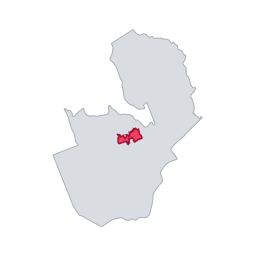 Mpongwe, Copperbelt, Zambia shown in context, rotated 339°
{"feature_id": "96606910B43712843056023", "entity_name": "Mpongwe", "entity_type": "district", "adm_level": 2, "iso_a3": "ZMB", "parent_name": "Zambia", "parent_adm1": "Copperbelt", "projection": "equal_earth", "projection_center": [27.957, -13.579], "detail": "fine", "context": "in_parent", "style": "filled", "palette": "rose", "viewbox_px": 256, "rotation_deg": 339, "n_neighbors": 0, "source": "geoboundaries", "source_scale": "gbopen_adm2", "svg_char_len": 7411}
<svg xmlns="http://www.w3.org/2000/svg" viewBox="0 0 256 256"><g transform="rotate(339 128 128)"><path d="M162.7,174.6L153.7,174.6L150.4,175.6L147.7,177.0L144.5,179.3L142.6,180.8L142.1,181.7L141.9,183.7L141.9,186.6L141.5,188.8L140.5,190.7L135.7,193.1L132.5,195.0L129.4,197.3L127.0,200.3L125.4,204.0L122.7,208.5L117.1,216.6L113.9,218.1L111.1,217.7L107.8,216.0L105.2,215.7L103.3,216.8L101.5,216.5L99.9,214.8L98.5,214.1L97.4,214.6L96.0,214.5L93.4,213.6L91.1,210.7L89.9,209.5L89.0,209.1L86.3,208.6L80.1,207.9L73.7,209.4L68.1,210.8L62.3,204.4L56.7,197.6L55.5,195.9L53.4,193.6L51.9,192.5L51.3,191.9L49.7,185.8L48.9,180.3L48.3,126.3L73.7,126.3L75.3,126.1L75.4,125.5L74.2,122.6L74.3,121.6L74.6,119.7L75.7,115.7L75.7,114.4L75.2,110.2L75.2,107.8L75.5,102.9L75.3,101.3L75.9,99.1L76.1,97.7L76.3,97.1L76.0,95.4L75.5,89.7L75.2,87.3L76.7,87.6L77.2,88.8L77.5,90.1L78.2,90.2L80.0,90.9L80.7,92.0L81.1,94.3L80.8,95.5L80.3,96.5L80.9,97.3L82.1,97.9L82.8,97.7L84.8,96.1L86.7,95.5L87.7,95.1L91.9,94.1L92.7,93.5L93.3,93.5L93.7,94.0L93.3,95.6L93.2,97.1L93.7,99.8L94.1,101.1L95.0,102.0L95.6,102.5L96.3,103.5L97.8,103.3L101.0,104.7L102.0,105.3L103.4,106.0L104.3,106.2L107.6,106.7L111.1,107.5L113.0,107.6L114.2,107.4L115.2,107.0L115.7,106.5L116.0,106.1L117.3,100.9L117.9,100.5L118.8,100.3L119.3,100.7L119.9,104.0L122.4,107.0L123.3,109.5L123.9,111.6L124.5,112.2L125.4,112.9L127.0,113.1L128.3,113.2L135.2,116.8L135.9,117.5L136.7,119.4L137.2,121.6L137.8,123.3L138.7,123.7L139.4,123.8L140.2,125.0L140.8,126.0L142.8,130.3L143.1,131.9L144.1,133.1L145.4,133.6L146.6,133.6L147.3,133.1L149.1,132.2L150.4,131.2L151.4,130.9L152.0,131.1L152.5,131.8L152.7,133.9L153.7,134.6L154.4,134.3L154.7,133.5L154.7,133.1L154.8,110.8L154.1,111.0L153.3,111.6L151.5,111.7L150.8,112.2L150.6,112.9L150.8,113.8L150.8,115.1L150.5,115.7L149.7,115.9L148.6,115.4L146.5,114.8L144.8,114.4L143.5,112.7L141.9,110.2L140.8,108.9L138.1,106.3L137.7,105.8L136.9,104.5L136.2,102.5L135.5,100.0L135.2,98.5L135.8,96.1L137.4,88.4L137.7,86.0L139.0,83.5L139.1,81.4L138.6,78.5L138.7,77.0L138.9,68.1L138.6,65.3L137.7,62.2L135.8,57.9L135.8,56.9L138.7,54.1L139.6,53.1L141.2,50.8L142.2,48.9L142.9,47.3L143.1,45.2L142.6,43.3L143.6,42.9L168.0,37.9L168.4,39.3L169.1,41.5L169.9,43.1L171.0,44.5L171.9,45.4L172.4,45.6L176.2,45.6L177.6,46.4L178.7,47.5L179.0,49.2L179.8,50.3L180.6,51.1L181.0,51.2L181.6,51.0L182.6,51.0L183.5,51.4L184.0,51.7L184.0,53.2L184.3,53.8L185.6,54.0L186.8,54.2L188.1,55.1L189.4,55.3L191.0,55.7L191.7,56.7L193.4,57.8L195.4,58.7L197.6,60.3L197.7,60.8L198.1,61.7L198.4,62.4L198.5,63.4L198.7,64.3L199.2,64.5L199.7,64.6L200.1,63.9L200.7,63.9L201.4,64.3L201.6,65.4L202.1,66.8L202.9,67.8L203.5,68.7L203.3,70.4L202.9,71.9L204.0,73.5L205.5,74.9L205.9,75.6L206.0,77.7L206.2,78.4L207.2,80.2L207.7,81.4L207.6,82.1L204.9,85.6L203.3,86.2L202.6,86.9L202.1,87.7L203.2,91.2L203.7,92.5L203.3,94.2L202.2,97.1L201.7,97.3L201.6,99.5L201.9,100.2L202.4,100.9L202.6,102.3L202.6,105.9L201.9,110.1L203.0,113.6L203.5,114.0L205.1,114.1L205.4,114.4L205.0,115.4L203.8,117.0L201.7,118.2L198.7,119.6L198.0,120.9L197.6,122.7L197.9,123.8L198.3,124.5L198.2,126.1L197.9,127.9L198.0,129.2L197.9,130.4L197.5,131.0L196.9,132.9L196.3,134.7L195.7,135.5L195.0,136.4L193.8,137.1L193.8,137.5L195.1,138.3L195.5,138.9L195.6,139.3L195.0,140.2L195.7,140.8L196.4,141.3L197.1,142.5L197.9,144.8L198.1,145.0L198.3,145.0L198.8,144.8L199.6,143.9L200.2,143.5L200.9,144.9L188.3,150.5L185.3,151.7L180.9,153.7L179.4,154.4L178.3,155.2L166.5,159.6L164.7,160.4L160.5,162.7L160.4,163.1L160.4,164.1L160.8,166.2L161.5,168.1L162.1,169.2L162.5,172.1L162.7,174.6Z" fill="#d9dde1" stroke="#a8b0b8" stroke-width="1"/><path d="M137.6,142.2L137.5,139.3L137.2,138.8L137.0,138.7L136.8,138.6L136.8,138.3L136.6,137.9L136.6,137.6L136.6,137.0L136.7,136.8L136.7,136.4L136.6,136.1L136.7,135.9L136.9,135.9L137.0,135.7L137.1,135.0L137.2,134.9L137.2,134.6L137.2,134.3L137.2,134.2L137.1,133.8L137.2,133.7L137.1,133.4L137.2,133.1L136.9,133.2L136.7,133.0L136.4,133.0L136.4,132.9L136.2,132.9L136.0,132.7L135.9,132.6L135.7,132.6L135.6,132.3L135.5,132.1L135.4,132.0L135.5,131.9L135.4,132.0L135.3,131.9L135.2,131.9L135.1,131.5L135.0,131.4L134.9,131.2L134.8,131.3L134.8,131.1L134.7,131.1L134.4,131.1L134.3,131.4L134.2,131.4L133.9,131.1L133.7,130.9L133.6,131.0L133.3,131.0L133.2,130.9L133.2,131.0L133.1,130.9L132.9,131.0L132.8,130.9L132.7,131.0L132.3,131.2L132.2,131.5L132.0,131.8L131.9,132.0L131.8,131.9L131.7,131.6L131.4,131.8L131.6,131.9L131.7,132.0L131.4,132.3L131.2,132.3L131.4,132.5L131.5,132.6L131.4,132.6L131.0,132.7L131.0,132.8L130.9,132.8L130.9,133.0L130.5,133.0L130.3,133.0L130.4,132.6L130.2,132.5L130.0,133.0L129.9,133.0L129.7,132.6L129.7,132.4L129.5,132.9L129.4,133.0L129.5,133.1L129.4,133.2L129.1,132.9L129.4,132.6L129.2,132.5L128.9,132.7L128.8,132.8L128.6,132.6L128.3,133.1L128.2,133.1L128.1,133.3L128.1,133.2L127.9,133.2L127.7,133.0L127.7,133.3L127.9,133.5L127.8,133.8L127.6,133.8L127.5,133.6L127.4,133.4L127.2,133.5L127.3,133.5L127.4,133.9L127.1,134.1L127.1,134.3L126.9,134.5L127.0,134.9L126.8,135.0L126.7,135.3L126.7,135.5L126.6,135.4L126.4,135.3L126.2,135.4L126.1,135.5L126.3,135.6L126.4,135.9L126.3,136.0L125.9,136.0L125.5,136.2L125.4,136.1L125.3,135.7L125.5,135.2L125.4,134.8L125.1,134.5L124.9,134.3L124.4,133.7L124.1,133.6L123.9,133.6L123.4,135.5L123.2,135.6L122.9,136.0L121.2,136.7L121.2,136.4L121.2,136.2L121.2,136.3L121.2,136.2L121.3,136.0L121.3,135.8L121.3,135.7L121.2,135.7L121.1,135.4L121.0,135.2L120.9,134.8L120.9,134.7L120.9,134.4L120.8,134.1L120.9,133.9L121.0,133.7L120.9,133.6L121.0,133.6L121.1,133.4L121.2,133.2L118.3,133.8L118.3,133.6L118.2,133.5L118.3,133.4L118.3,133.2L118.2,133.1L118.1,132.7L117.9,132.4L118.0,132.2L117.8,132.2L117.7,131.9L117.7,131.7L117.7,131.4L117.5,131.2L117.4,131.0L117.0,131.0L116.5,130.6L116.3,130.6L116.0,130.4L116.0,130.9L116.2,131.2L116.4,131.9L116.4,132.5L116.2,132.9L115.7,133.2L115.6,133.9L115.6,134.1L114.8,134.4L114.6,135.1L114.6,135.4L113.9,137.1L113.8,137.3L113.7,138.6L113.8,139.0L114.5,139.5L117.9,139.6L121.4,139.6L121.5,139.8L121.5,140.0L121.4,140.1L121.5,140.2L121.4,140.4L121.4,140.5L121.5,140.7L121.5,140.8L121.6,141.0L121.9,141.2L121.9,141.4L121.9,141.5L122.0,141.7L121.9,141.8L121.9,142.2L122.0,142.3L121.9,142.3L121.8,142.5L122.0,142.6L122.1,143.0L122.2,143.3L122.3,143.2L122.5,143.1L122.4,142.9L122.5,142.8L122.7,142.7L122.8,142.7L123.0,142.7L122.9,142.6L123.0,142.5L123.2,142.3L123.3,142.4L123.4,142.2L123.2,141.9L123.2,141.6L123.1,141.3L123.2,141.1L123.3,140.9L123.6,140.8L123.9,141.1L124.0,141.1L124.0,141.4L124.2,141.5L124.2,141.3L124.2,140.9L124.4,140.6L124.4,140.4L124.8,139.9L124.8,139.7L124.8,139.3L124.8,139.2L125.0,139.3L125.2,139.1L125.1,138.8L125.1,138.7L125.4,138.2L125.6,138.2L126.0,138.6L126.3,138.7L126.3,138.8L126.5,138.9L126.8,138.9L127.1,139.0L127.3,138.9L127.5,138.8L127.8,138.6L127.8,138.4L128.0,138.2L129.4,140.7L129.3,140.8L129.2,141.1L129.0,141.3L129.0,141.6L128.9,141.7L128.6,141.8L128.7,142.1L128.8,142.4L128.8,142.6L129.0,142.7L128.9,143.0L129.0,143.1L129.1,143.3L129.3,143.5L129.6,143.3L129.6,143.2L129.9,143.2L130.0,143.0L130.4,143.1L130.5,143.0L130.8,143.0L131.0,143.0L131.5,143.0L131.7,142.8L131.8,142.8L132.3,142.9L132.5,142.6L132.7,142.4L133.3,142.2L133.4,142.3L133.6,142.3L134.0,142.4L134.2,142.6L134.3,142.5L134.4,142.4L134.8,142.3L135.0,142.4L135.1,142.5L135.2,142.4L135.3,142.5L135.6,142.5L135.9,142.6L136.0,142.5L136.4,142.6L136.5,142.5L136.8,142.5L137.0,142.5L137.3,142.2L137.6,142.2Z" fill="#f43f5e" stroke="#9f1239" stroke-width="1.5"/></g></svg>